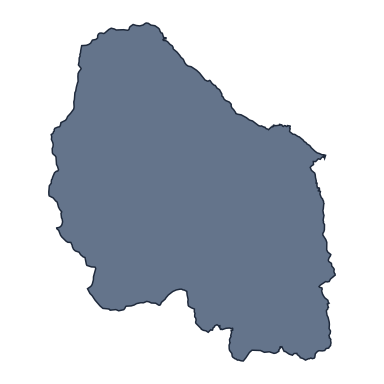 outline of Bucuresci, Hunedoara, Romania
{"feature_id": "2599482B97237665076165", "entity_name": "Bucuresci", "entity_type": "district", "adm_level": 2, "iso_a3": "ROU", "parent_name": "Romania", "parent_adm1": "Hunedoara", "projection": "albers", "projection_center": [22.958, 46.121], "detail": "fine", "context": "isolated", "style": "filled", "palette": "slate", "viewbox_px": 384, "rotation_deg": 0, "n_neighbors": 0, "source": "geoboundaries", "source_scale": "gbopen_adm2", "svg_char_len": 5909}
<svg xmlns="http://www.w3.org/2000/svg" viewBox="0 0 384 384"><path d="M264.3,352.3L269.4,351.8L274.0,353.4L276.0,353.0L278.8,351.3L279.0,350.9L278.6,350.2L280.3,348.0L279.9,347.5L280.2,346.8L280.9,346.7L281.3,347.1L281.9,346.8L284.1,351.4L285.3,351.5L289.1,354.1L292.4,355.2L294.1,353.5L296.9,353.4L297.2,354.5L299.8,356.6L300.2,357.7L302.9,358.5L305.5,360.1L308.8,358.6L309.3,358.8L310.8,358.0L312.4,358.7L314.3,358.1L314.8,357.3L315.3,353.8L317.4,351.5L318.9,350.7L322.4,350.9L324.7,350.5L326.2,348.5L328.7,348.1L328.9,347.5L330.6,345.5L330.5,345.2L331.0,342.9L330.6,340.5L330.8,339.4L329.9,338.1L329.4,337.9L329.3,336.3L328.9,335.5L330.2,333.4L330.5,331.0L329.1,328.6L329.4,324.4L329.2,322.1L328.1,317.4L327.0,315.2L326.4,311.1L326.5,310.3L327.8,308.9L327.9,307.5L328.4,307.3L327.5,304.8L327.4,303.9L328.3,303.8L329.1,303.2L328.3,302.4L327.9,300.3L324.7,297.7L323.5,295.9L323.2,295.1L322.7,294.6L321.6,290.8L322.2,289.2L321.9,287.9L319.6,287.3L319.0,286.6L320.2,285.2L325.6,281.6L327.3,281.9L329.2,281.5L330.5,279.0L335.2,275.1L334.9,273.6L334.4,273.2L333.9,271.5L334.2,269.2L333.3,267.8L331.8,266.2L331.4,263.3L329.0,261.7L328.4,260.8L328.4,259.7L329.1,257.8L330.4,255.9L330.8,254.5L327.8,252.1L326.7,249.9L326.8,242.3L325.8,239.6L322.9,235.1L322.8,233.5L323.9,231.6L324.4,229.8L324.5,224.6L323.4,222.8L323.5,221.4L323.1,220.2L324.0,215.3L323.5,214.1L322.9,210.3L323.3,208.9L323.7,204.5L324.0,203.5L323.6,202.8L323.5,201.1L322.8,200.0L322.7,199.2L321.2,197.4L319.9,194.0L320.4,191.5L318.3,190.8L318.5,190.2L319.5,190.2L319.4,188.6L319.0,188.6L318.9,187.8L317.4,187.9L316.9,185.2L317.1,183.2L316.1,183.1L316.3,180.9L315.5,177.7L315.2,174.7L314.7,173.1L311.4,170.3L310.2,167.4L311.4,166.0L313.5,164.6L313.3,161.5L315.6,161.6L318.3,158.8L320.3,159.3L321.5,157.7L323.9,156.0L324.0,156.4L323.4,157.2L324.4,157.7L324.6,158.4L325.6,155.3L323.9,154.8L321.9,154.7L319.4,153.5L317.2,152.9L314.7,151.0L310.8,147.3L310.6,146.6L309.6,145.5L306.8,143.8L306.0,142.6L304.1,141.5L303.3,140.2L299.3,136.9L298.0,136.5L294.8,134.4L292.9,134.2L290.0,131.9L289.6,131.5L289.7,130.4L290.2,128.8L289.7,128.2L289.7,127.8L290.2,126.7L290.1,126.0L287.7,125.6L287.7,126.0L286.7,126.5L286.0,126.3L285.7,125.8L284.3,125.6L283.4,126.5L282.6,126.2L281.7,124.8L280.8,124.9L279.8,124.3L279.5,124.4L279.5,125.2L275.7,125.7L273.6,125.1L273.3,125.4L273.7,126.2L273.2,126.6L272.2,126.5L272.2,126.9L271.2,127.1L268.5,129.7L267.7,129.1L266.2,128.7L264.8,127.1L264.3,127.3L261.5,125.9L260.3,126.1L258.7,125.7L252.6,121.0L249.4,120.0L246.3,117.6L241.1,114.8L237.6,114.2L235.8,113.5L235.7,112.7L233.6,109.6L231.9,107.9L231.2,106.2L231.2,104.3L230.9,103.8L229.2,102.0L225.8,100.6L224.1,99.2L223.0,96.9L221.9,96.0L221.8,93.9L219.5,89.7L217.0,88.1L215.3,85.5L214.0,85.1L212.1,83.5L210.1,80.6L209.5,80.4L208.3,81.1L207.4,81.1L205.0,80.0L199.6,73.1L196.6,70.3L191.2,66.7L188.2,66.1L186.3,64.8L184.8,62.8L183.3,59.3L180.7,57.0L179.9,55.6L177.0,52.1L173.4,49.1L173.1,48.5L173.1,47.4L172.3,45.9L169.9,44.3L167.6,41.7L165.8,40.7L163.4,40.4L163.0,39.7L163.5,39.0L166.0,38.8L166.0,37.8L163.6,37.5L162.3,33.2L161.1,32.9L160.0,31.1L159.4,29.2L158.4,28.1L154.9,25.7L150.9,25.1L148.3,23.3L146.3,23.0L145.4,23.3L143.0,25.0L139.8,25.9L136.4,25.5L133.1,24.5L130.3,26.5L129.6,27.3L129.0,29.5L127.7,30.3L123.5,29.7L116.2,30.0L114.4,29.0L111.2,28.2L108.8,29.5L104.4,33.3L103.7,33.5L101.1,33.0L99.6,33.2L98.5,34.0L97.7,35.5L97.6,38.0L95.9,39.4L92.4,40.1L90.6,43.2L88.8,44.4L86.3,45.3L81.7,45.6L80.7,50.7L80.5,52.8L79.9,54.5L80.1,56.1L79.2,57.9L79.1,61.7L78.4,64.9L81.1,68.4L81.0,69.0L79.0,71.7L78.1,73.5L77.9,76.5L78.1,81.7L77.7,82.3L76.4,87.0L75.7,91.1L74.9,92.7L74.4,99.5L73.8,101.9L74.1,107.1L73.7,109.1L70.6,113.3L67.6,116.5L66.6,118.9L65.5,120.3L60.9,122.6L60.9,123.3L60.5,124.2L60.5,125.1L59.6,126.7L57.5,127.2L54.9,128.3L54.2,129.6L54.3,130.9L53.4,131.9L53.1,133.0L52.7,133.6L51.2,134.5L51.7,136.8L51.4,139.4L52.8,142.6L53.2,144.5L53.0,146.6L52.2,148.6L52.4,152.9L53.2,154.2L55.1,155.7L56.0,157.1L56.5,164.5L57.5,166.4L58.5,169.7L57.7,171.1L56.4,171.2L54.5,172.8L52.6,177.3L52.2,179.0L51.6,179.6L51.3,181.2L51.3,183.1L49.3,185.8L48.8,191.9L48.9,194.8L49.2,195.9L53.2,197.9L55.7,201.0L56.8,201.7L57.3,202.5L58.5,207.1L59.7,209.4L61.7,211.9L61.0,213.4L61.5,217.8L62.1,218.8L62.6,221.8L62.1,224.0L61.5,225.5L60.3,226.7L59.2,227.4L56.7,227.9L56.8,228.7L58.7,230.4L60.6,235.3L61.9,237.1L66.2,241.3L67.9,242.3L70.8,242.4L72.2,245.4L72.4,246.8L73.5,249.2L74.7,250.4L75.5,251.0L79.1,252.2L80.6,254.7L83.2,256.9L85.0,257.5L86.4,264.4L86.9,265.4L91.4,266.9L95.0,267.1L95.6,268.1L95.7,268.7L93.5,276.7L93.4,279.9L92.3,284.0L91.5,285.6L90.4,286.7L87.5,288.7L90.0,293.5L92.1,295.6L95.1,300.2L100.1,306.0L102.9,308.4L108.0,308.9L109.5,309.3L110.1,310.2L115.9,309.6L118.7,310.8L123.7,309.7L124.7,308.6L125.7,306.6L126.2,306.2L131.2,305.9L134.2,305.0L136.6,303.6L140.8,302.7L143.5,302.8L146.7,301.4L149.2,301.9L151.3,303.0L155.7,303.2L158.6,305.1L159.8,305.2L160.5,304.5L161.4,302.4L165.2,299.1L166.0,297.7L168.4,294.9L172.8,291.5L176.4,289.9L180.0,289.2L181.7,289.2L183.0,289.9L184.4,290.1L186.8,291.4L187.1,294.8L188.1,299.4L187.8,301.9L188.2,305.4L188.6,306.1L191.3,307.8L194.4,309.0L194.3,311.8L195.0,313.5L194.7,314.9L194.7,316.8L195.7,318.0L196.1,320.0L195.6,322.2L195.9,323.3L201.4,328.9L201.3,329.2L203.3,330.3L205.9,330.8L208.2,332.3L210.8,329.7L211.4,330.1L212.5,330.1L213.1,327.9L214.4,326.9L214.7,325.9L217.0,324.7L218.7,325.9L219.8,325.7L219.8,327.0L219.3,327.1L220.0,328.0L220.3,329.1L220.7,329.4L221.2,329.0L222.1,329.6L226.0,328.3L229.5,328.0L231.4,328.6L233.2,328.1L232.3,328.6L232.7,329.4L232.6,330.3L231.1,330.4L231.6,332.4L230.7,335.5L231.0,336.5L230.1,338.1L229.5,339.6L229.8,342.3L230.1,342.6L229.1,345.1L229.2,348.8L229.6,350.5L231.8,353.4L232.2,356.2L232.8,357.2L235.2,358.9L236.3,359.1L237.3,360.1L238.6,360.0L241.1,360.8L243.3,361.0L245.8,357.9L249.4,352.5L252.0,350.2L260.5,350.5L264.3,352.3Z" fill="#64748b" stroke="#1e293b" stroke-width="1.5"/></svg>